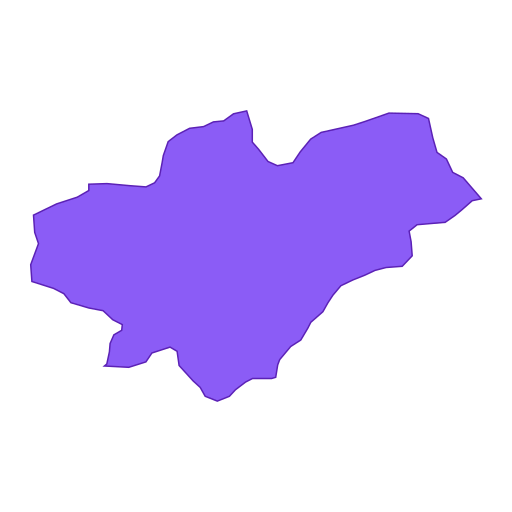 Tierp, Uppsala, Sweden (Equal Earth projection)
{"feature_id": "70781695B92369389474001", "entity_name": "Tierp", "entity_type": "district", "adm_level": 2, "iso_a3": "SWE", "parent_name": "Sweden", "parent_adm1": "Uppsala", "projection": "equal_earth", "projection_center": [17.629, 60.367], "detail": "fine", "context": "isolated", "style": "filled", "palette": "violet", "viewbox_px": 512, "rotation_deg": 0, "n_neighbors": 0, "source": "geoboundaries", "source_scale": "gbopen_adm2", "svg_char_len": 1306}
<svg xmlns="http://www.w3.org/2000/svg" viewBox="0 0 512 512"><path d="M31.9,281.5L53.6,288.4L63.9,293.7L70.9,302.7L88.9,308.0L103.1,310.7L112.7,319.7L122.3,324.6L121.7,330.3L113.9,334.8L110.1,343.5L109.4,351.9L106.8,364.0L104.4,366.0L128.8,367.3L145.9,361.9L151.9,353.0L170.0,347.1L177.1,351.3L179.1,365.5L186.1,373.2L193.1,380.9L200.2,387.4L205.2,396.3L217.3,401.1L229.4,396.3L235.4,389.8L245.5,382.1L252.5,378.5L271.6,378.5L275.7,377.3L276.6,371.7L277.7,364.9L279.7,359.6L290.7,346.5L300.8,340.0L307.8,328.2L310.8,322.3L322.9,311.7L327.9,302.8L332.9,295.2L340.9,285.7L353.0,279.9L365.0,275.1L375.0,270.4L386.1,267.5L402.2,266.3L412.2,255.8L411.1,241.7L409.1,231.1L417.1,224.7L445.2,222.3L455.2,215.3L462.2,209.5L472.2,200.7L481.3,198.8L463.2,177.8L452.7,172.4L446.4,159.0L437.0,152.4L432.8,137.9L428.5,118.5L418.1,113.7L388.9,113.1L364.9,121.5L353.5,125.2L321.2,132.4L310.7,139.1L300.3,151.8L293.0,162.7L277.4,165.7L268.0,161.5L258.6,149.3L252.3,142.1L252.3,129.4L246.7,110.9L233.5,113.8L223.7,120.9L213.4,121.9L203.6,126.6L189.6,128.3L176.9,134.9L168.2,141.6L163.3,155.6L162.1,162.8L159.6,175.9L154.6,182.8L146.0,186.9L130.0,185.7L107.0,183.6L88.8,184.2L88.8,190.5L77.2,197.2L56.6,203.9L33.5,215.1L34.7,232.4L38.5,243.6L30.7,264.7L31.9,281.5Z" fill="#8b5cf6" stroke="#5b21b6" stroke-width="1.5"/></svg>